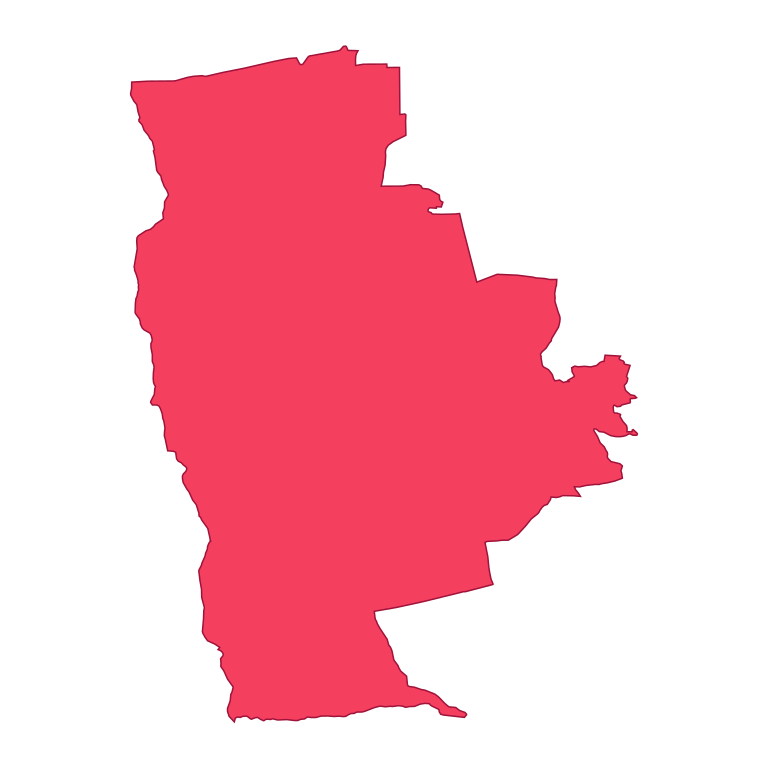 the district of Corbita, Vrancea, Romania
{"feature_id": "2599482B59381680661249", "entity_name": "Corbita", "entity_type": "district", "adm_level": 2, "iso_a3": "ROU", "parent_name": "Romania", "parent_adm1": "Vrancea", "projection": "equal_earth", "projection_center": [27.314, 46.152], "detail": "fine", "context": "isolated", "style": "filled", "palette": "rose", "viewbox_px": 768, "rotation_deg": 0, "n_neighbors": 0, "source": "geoboundaries", "source_scale": "gbopen_adm2", "svg_char_len": 6095}
<svg xmlns="http://www.w3.org/2000/svg" viewBox="0 0 768 768"><path d="M234.3,721.9L235.3,718.3L236.5,717.4L238.0,717.0L240.4,717.4L242.6,716.4L245.9,716.1L247.3,716.4L250.4,718.8L251.5,719.2L255.6,717.6L257.8,717.5L260.3,719.2L263.5,720.7L264.5,720.4L265.5,719.4L268.0,719.2L270.3,719.5L272.6,718.8L277.6,720.0L286.8,719.6L294.5,720.5L297.9,720.5L300.4,719.4L304.7,718.9L306.7,717.4L308.1,717.0L310.6,717.5L315.9,717.5L321.0,716.1L328.0,716.0L334.1,716.5L338.9,716.2L343.5,716.6L345.9,716.3L348.0,714.9L350.8,713.6L354.2,713.4L356.7,712.1L362.2,712.0L364.8,711.3L374.1,707.7L380.1,706.1L385.3,706.8L390.3,706.3L392.5,706.5L398.6,705.7L402.9,706.2L405.1,707.2L406.4,707.2L409.0,706.6L414.6,706.4L420.3,704.1L424.9,703.4L429.4,703.7L430.2,704.9L432.1,706.2L438.0,709.0L438.9,709.6L439.3,712.0L440.7,714.2L443.3,715.0L464.4,717.4L466.6,714.7L466.5,714.1L464.9,712.4L459.8,710.6L455.7,707.5L448.8,706.8L445.0,703.6L438.5,696.9L435.0,694.2L425.1,690.2L421.2,689.5L414.4,687.2L409.3,686.5L407.9,685.8L407.4,684.3L406.6,676.2L400.7,671.1L398.8,667.8L398.0,665.6L393.9,660.1L391.9,650.6L390.4,647.1L388.8,645.1L387.1,639.2L380.2,628.8L377.4,623.9L376.5,621.3L375.4,619.5L375.0,617.6L374.3,611.3L396.2,607.5L424.6,601.3L463.5,591.7L465.4,591.7L492.8,584.5L493.1,584.1L491.1,579.4L489.8,573.2L488.9,567.9L487.8,556.6L485.0,542.4L487.2,541.4L496.9,540.9L502.4,540.2L508.3,540.2L517.7,534.5L525.5,526.1L531.3,518.9L537.8,513.7L539.2,511.9L539.9,510.4L542.2,507.2L544.3,505.4L547.3,504.4L550.5,499.5L551.0,497.0L556.3,497.5L559.8,496.8L562.7,495.6L573.6,495.8L580.4,496.4L578.5,493.3L575.5,489.6L574.4,486.8L579.7,486.9L586.4,485.4L595.6,484.4L599.1,484.5L601.2,483.8L607.5,482.8L614.9,481.0L622.4,478.2L621.6,472.8L620.9,470.9L622.4,466.0L622.2,465.7L619.8,463.7L611.1,461.6L607.9,458.4L607.3,456.7L607.6,454.0L607.1,451.9L606.1,450.7L604.3,446.9L600.2,442.9L597.4,436.3L593.9,430.8L593.8,429.3L594.3,428.9L596.0,429.0L599.3,431.6L604.0,432.2L610.6,435.6L615.6,436.6L620.1,436.7L623.1,436.3L625.8,435.6L628.8,434.0L630.4,434.0L632.8,435.2L635.8,435.3L636.8,435.2L637.4,434.0L636.9,433.0L633.2,429.6L632.3,430.1L632.0,431.7L627.0,431.8L627.1,428.3L626.6,425.7L622.9,421.4L620.0,416.5L619.9,416.1L620.6,414.9L620.5,414.4L617.1,413.1L615.0,413.1L614.1,412.5L613.6,411.7L613.2,407.5L613.7,405.4L614.6,405.2L617.0,406.7L620.5,406.3L621.7,405.0L630.1,402.8L630.4,401.8L630.1,399.3L630.4,398.7L635.2,398.3L636.6,397.7L634.5,395.6L630.5,394.8L626.1,391.0L625.4,389.9L624.4,386.3L624.5,385.1L626.4,383.1L627.3,381.0L627.8,378.2L626.5,376.5L630.1,365.4L624.5,364.1L623.9,363.4L624.3,362.4L623.2,361.0L619.8,359.7L619.1,358.6L620.5,356.1L605.1,355.2L604.0,361.4L602.4,361.4L599.8,362.6L596.6,365.5L590.6,366.9L584.7,366.3L578.0,366.8L575.0,366.1L573.1,366.8L573.0,367.4L571.7,367.7L572.1,371.8L574.3,375.8L574.3,376.5L567.8,380.4L568.2,381.0L569.1,381.3L569.0,381.6L566.4,381.6L563.4,382.5L559.6,380.0L555.0,380.9L553.6,378.8L552.5,375.1L551.3,373.1L548.4,369.6L543.5,366.9L542.3,365.2L541.1,358.1L541.1,356.3L540.4,354.1L542.2,351.7L546.0,348.3L549.6,342.7L551.2,341.0L551.7,338.5L558.5,327.2L559.7,322.4L560.1,318.6L559.7,316.1L558.2,312.2L554.9,301.3L555.1,297.5L554.7,293.6L555.8,286.9L556.4,285.6L556.8,279.5L549.7,279.5L544.5,278.5L535.9,277.9L532.7,277.1L517.6,275.2L497.2,274.3L476.8,282.1L462.7,227.1L459.6,213.5L455.4,214.0L441.6,214.3L433.3,214.1L432.0,213.8L431.1,212.6L428.4,211.7L428.0,210.7L428.4,209.0L429.5,207.8L436.4,208.2L436.5,206.7L441.3,207.0L442.9,202.2L440.9,201.2L439.7,199.5L439.3,195.1L430.2,189.8L428.0,189.0L422.3,188.4L421.2,186.1L418.9,184.8L410.5,184.7L402.9,186.1L381.2,186.2L383.1,177.3L383.5,172.1L385.1,165.1L385.7,155.6L385.4,151.9L386.0,148.6L388.4,145.1L393.2,141.6L405.9,135.3L405.6,121.3L405.9,114.8L404.9,114.0L399.9,114.5L399.5,67.4L387.0,67.5L386.8,64.1L363.5,64.2L355.6,65.5L355.5,59.1L355.8,55.8L356.5,53.5L358.0,50.7L348.0,50.4L346.4,46.7L345.7,46.1L343.4,46.4L340.1,50.1L338.1,50.9L309.3,56.0L307.9,57.1L303.0,64.0L302.1,64.5L301.0,64.6L299.7,64.0L296.5,57.9L288.6,58.5L273.9,61.4L243.8,68.3L223.0,72.4L205.6,76.4L202.0,75.7L193.5,76.3L187.4,77.4L175.4,80.8L172.9,81.0L147.6,81.2L131.7,82.1L131.6,88.4L130.6,93.7L130.9,95.4L133.9,101.2L136.8,104.7L138.0,111.6L139.8,117.4L139.8,118.1L138.9,119.4L139.0,121.4L142.0,124.6L144.2,130.4L147.5,134.3L148.7,135.9L149.9,138.5L152.3,141.2L154.4,149.5L153.4,150.9L155.0,157.4L156.7,170.4L157.9,172.5L160.9,176.0L161.5,179.3L164.2,186.3L166.8,190.4L168.1,193.5L168.4,195.2L164.6,201.8L164.4,208.1L162.8,212.8L163.4,218.8L155.5,224.2L153.6,226.6L150.5,229.3L145.9,230.8L138.4,235.7L137.0,237.7L136.7,241.0L137.2,248.8L134.1,267.0L134.5,268.1L134.6,270.3L136.3,274.5L138.0,280.3L138.1,283.0L138.7,285.4L138.3,286.6L138.6,290.2L137.8,291.9L137.0,296.5L136.0,298.4L135.4,302.9L135.1,312.6L135.9,314.2L139.4,318.9L140.2,321.5L140.4,324.0L142.2,328.0L144.1,329.9L149.9,333.1L151.2,335.4L152.1,339.1L152.1,341.0L150.9,343.7L151.0,347.7L152.3,354.5L152.3,361.5L153.8,365.2L154.1,367.3L153.4,372.3L153.2,378.7L153.5,382.2L154.2,384.3L155.4,386.3L154.8,389.0L154.3,394.4L150.9,401.0L150.6,402.4L152.4,405.0L156.7,405.0L158.9,405.9L160.4,408.6L162.2,413.7L162.8,418.4L163.8,420.9L164.5,425.0L165.0,428.4L164.6,430.5L164.3,435.7L165.2,438.8L167.7,450.8L173.5,451.3L175.7,452.3L176.5,458.4L177.0,459.5L178.3,461.2L181.4,462.8L183.2,464.8L185.8,466.8L186.7,468.1L186.6,469.6L185.9,471.3L183.3,474.0L182.4,476.2L182.5,478.9L183.2,482.6L186.9,489.1L189.0,491.9L192.7,500.1L196.3,504.7L199.0,513.6L199.0,516.0L200.6,517.4L201.6,519.8L207.8,528.5L210.1,538.8L210.1,540.3L210.8,541.1L209.4,542.3L208.5,544.1L207.6,546.4L207.3,549.2L205.5,553.6L205.1,556.0L201.9,563.2L201.4,565.3L199.1,569.7L198.8,571.1L199.9,580.1L201.5,589.3L201.7,597.5L204.3,607.2L204.3,608.3L203.8,610.6L203.5,619.0L202.4,631.7L203.0,633.5L204.9,637.0L207.6,640.8L214.9,644.1L219.8,647.4L218.0,649.6L220.7,650.7L222.6,652.6L222.9,653.4L223.2,654.2L223.0,655.7L220.6,658.7L221.0,663.3L220.8,666.4L223.9,671.0L227.6,679.2L233.2,687.0L232.1,691.7L230.8,694.5L230.2,700.9L227.5,708.4L227.5,711.4L229.1,716.3L234.3,721.9Z" fill="#f43f5e" stroke="#9f1239" stroke-width="1.5"/></svg>